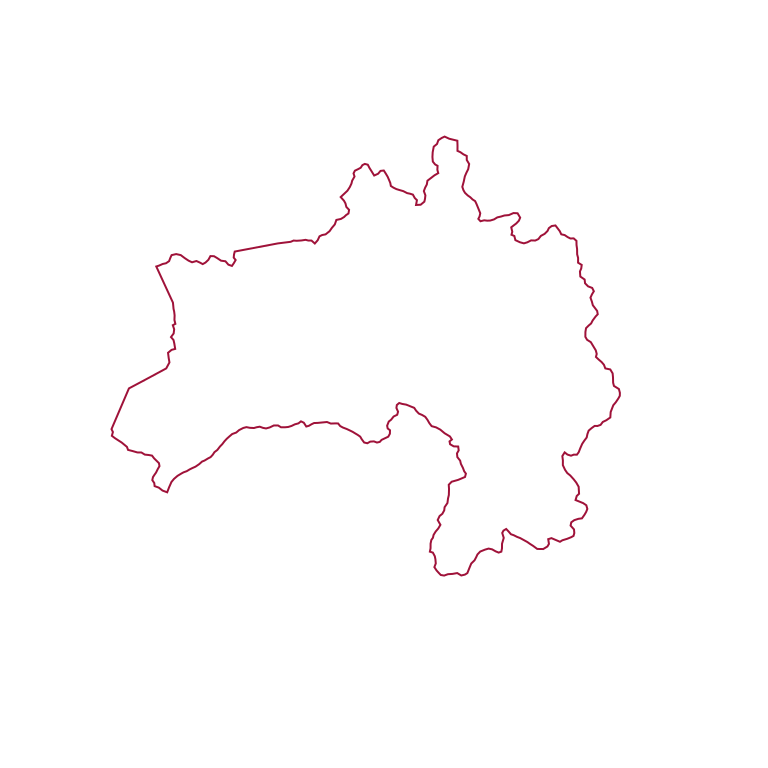 outline of Colatina, Espírito Santo, Brazil, rotated 138°
{"feature_id": "56859067B84433470504301", "entity_name": "Colatina", "entity_type": "district", "adm_level": 2, "iso_a3": "BRA", "parent_name": "Brazil", "parent_adm1": "Espírito Santo", "projection": "orthographic", "projection_center": [-40.658, -19.472], "detail": "fine", "context": "isolated", "style": "outline", "palette": "rose", "viewbox_px": 768, "rotation_deg": 138, "n_neighbors": 0, "source": "geoboundaries", "source_scale": "gbopen_adm2", "svg_char_len": 6166}
<svg xmlns="http://www.w3.org/2000/svg" viewBox="0 0 768 768"><g transform="rotate(138 384 384)"><path d="M189.4,481.0L185.0,484.2L181.3,485.9L177.7,487.3L173.5,490.5L172.6,495.1L169.9,498.1L171.3,501.5L172.1,505.1L173.4,508.1L170.1,511.7L166.7,515.7L171.4,522.6L173.4,527.3L176.4,528.2L180.5,528.8L184.0,526.9L188.2,527.1L192.7,523.7L196.1,520.3L198.9,516.6L199.1,513.0L198.2,510.3L201.0,507.5L202.6,504.4L206.8,505.3L215.7,506.0L218.7,503.6L222.0,502.4L225.3,500.7L227.0,496.5L229.6,494.2L232.0,492.5L236.8,492.7L240.4,495.6L236.5,498.6L236.7,501.6L235.8,505.4L237.4,508.1L239.1,510.4L240.6,514.4L242.6,517.6L244.4,520.6L245.6,523.6L246.4,526.6L244.8,529.2L243.7,532.3L242.6,535.6L241.9,539.1L241.3,542.8L244.0,544.7L247.7,544.2L251.8,545.5L250.9,550.4L250.2,554.4L249.3,557.8L251.0,560.4L253.6,561.1L256.6,560.3L259.5,561.0L262.9,562.0L265.7,560.9L267.1,557.9L271.6,556.4L274.1,554.7L277.7,553.2L281.9,552.1L291.1,551.9L291.1,547.0L291.8,544.0L293.5,540.8L293.4,536.8L296.3,534.5L299.2,534.9L301.9,534.8L305.6,535.5L309.6,537.8L313.8,535.5L318.3,534.9L322.1,534.0L327.3,534.3L330.3,536.1L333.1,536.9L337.1,535.2L341.4,534.7L341.9,539.1L344.2,541.2L345.8,543.6L349.3,545.9L353.1,548.9L355.2,551.1L358.2,552.1L368.8,559.5L406.3,582.3L408.8,580.6L411.1,578.5L411.3,575.4L414.7,574.3L418.0,573.5L419.8,576.8L419.7,581.3L422.6,584.7L423.7,589.1L424.8,592.7L427.4,595.2L431.4,593.8L435.4,593.7L438.5,594.4L439.6,597.5L441.1,600.9L445.2,602.9L446.7,606.4L447.8,610.7L448.8,615.8L451.5,619.6L455.6,621.9L458.2,620.8L461.5,619.1L465.2,619.6L468.2,621.3L471.9,622.5L474.6,623.7L486.4,585.7L488.3,583.1L490.1,580.7L491.5,578.2L493.7,575.1L496.9,571.8L498.8,568.3L501.6,569.0L503.3,565.1L506.5,562.3L510.9,561.4L511.0,557.5L512.8,554.3L515.7,549.8L519.0,551.5L523.6,551.7L526.6,547.4L529.0,543.6L535.4,541.3L559.3,547.1L576.5,551.4L616.7,532.8L617.6,529.7L620.9,527.6L620.2,523.8L619.0,519.3L618.1,516.0L617.1,509.3L618.3,506.3L615.7,502.4L613.1,498.2L610.1,495.4L609.0,491.6L606.3,488.6L604.3,486.0L604.6,482.6L604.2,475.8L605.8,473.2L609.2,472.1L612.7,470.7L615.4,470.1L618.0,469.4L620.5,467.6L621.0,464.1L622.8,461.6L620.7,457.7L619.9,453.0L617.6,448.6L612.7,451.1L610.2,452.2L607.6,453.4L603.6,454.0L598.9,453.9L594.7,453.1L592.1,452.5L588.9,451.2L585.7,450.6L582.8,449.8L579.4,448.7L574.9,448.1L571.1,448.1L568.6,447.2L564.4,446.4L561.8,445.7L558.6,446.0L555.6,446.8L552.0,446.5L547.7,447.3L544.5,447.5L540.8,448.2L537.5,448.5L534.3,448.5L530.3,448.4L526.3,446.8L522.5,446.7L518.0,445.5L515.1,444.0L513.0,441.2L510.1,438.3L507.6,437.1L504.9,435.4L503.3,432.4L501.4,429.9L498.0,428.2L493.6,426.9L490.5,424.1L489.5,420.8L486.8,418.3L484.0,416.2L480.8,414.7L477.3,413.7L473.9,412.0L470.7,411.8L469.5,408.9L470.2,404.4L467.8,403.2L464.8,402.6L462.1,401.8L459.5,399.6L451.8,393.9L450.0,390.2L446.9,387.6L444.5,385.4L444.7,382.1L443.7,379.2L441.8,375.5L440.5,372.4L439.3,369.4L438.5,366.7L437.6,363.8L436.9,360.8L437.5,357.9L437.9,353.8L436.0,351.1L432.8,350.4L429.9,348.1L428.4,345.2L425.9,343.8L423.2,344.1L416.1,342.0L412.9,343.1L410.5,345.6L411.0,348.5L409.6,350.9L405.6,352.9L402.6,352.7L398.6,353.4L394.8,352.3L392.1,354.0L390.8,357.9L388.5,359.8L385.4,359.7L383.8,357.0L381.3,353.8L377.5,346.0L378.0,342.8L377.9,338.7L376.4,335.5L375.3,332.0L375.7,328.2L376.5,324.5L376.8,320.8L374.3,316.9L372.7,312.4L371.9,306.8L370.1,300.9L370.7,297.3L373.7,297.5L375.2,295.0L373.9,291.0L370.7,287.9L372.9,284.7L376.2,283.6L378.4,280.6L378.7,276.1L380.3,273.2L381.5,268.8L382.8,265.5L383.1,262.6L386.0,260.7L390.4,262.2L393.2,263.2L399.1,266.1L403.3,265.8L405.9,262.5L410.1,258.1L413.0,256.1L416.5,253.1L421.4,251.9L423.8,249.8L427.5,248.5L431.0,248.7L435.1,247.0L436.3,241.6L440.4,240.3L444.3,239.8L448.1,238.7L450.5,237.0L453.2,236.4L456.2,234.2L459.3,230.8L462.1,228.7L460.5,226.0L461.5,222.0L463.1,219.3L465.6,216.0L469.1,214.2L469.7,210.3L469.7,207.1L469.6,204.1L467.5,201.4L463.8,199.9L460.1,197.0L456.1,194.5L454.7,190.0L451.4,188.2L448.6,187.7L443.3,190.3L439.3,192.2L434.7,192.4L431.4,193.6L428.6,194.8L424.6,195.1L419.7,193.3L416.4,191.7L414.3,188.8L413.0,184.9L411.6,182.0L409.0,180.9L406.3,182.9L403.2,186.3L398.0,189.5L395.8,194.2L393.3,195.1L390.2,194.5L390.1,191.0L390.2,187.4L388.8,184.9L387.4,181.3L385.9,178.4L383.2,170.6L382.5,167.5L381.5,163.9L380.5,158.9L376.1,154.8L371.3,153.9L368.4,154.8L365.8,158.8L362.7,157.4L358.8,149.0L356.0,148.5L351.5,146.4L347.4,144.9L344.8,144.3L342.3,145.9L340.1,148.8L340.1,153.9L337.4,155.9L333.7,155.5L329.7,153.7L326.8,151.7L322.4,152.7L319.3,153.7L316.5,155.1L314.8,158.5L315.7,162.2L317.2,165.3L319.3,169.6L315.7,171.8L312.5,171.9L308.1,177.4L307.1,182.1L306.8,186.3L306.8,191.4L307.4,195.2L306.9,199.0L305.4,204.0L302.2,207.5L299.7,211.1L295.5,212.3L294.9,208.8L293.0,205.6L290.2,204.5L287.9,202.4L285.0,203.0L281.2,204.9L276.8,206.9L272.9,207.9L269.2,208.6L266.3,210.7L263.1,212.4L259.3,212.3L255.5,211.9L253.5,210.0L250.4,208.7L246.8,209.4L243.0,208.3L238.2,207.7L234.3,211.5L227.8,214.8L224.1,215.3L219.7,216.4L216.7,217.4L214.6,219.6L212.8,223.1L214.4,228.7L212.9,231.6L209.3,235.8L207.0,238.9L206.1,243.4L209.1,247.5L207.7,251.1L207.6,254.6L208.1,258.6L208.4,262.3L205.8,264.0L204.1,267.3L202.3,276.7L203.5,281.0L202.8,284.3L199.5,287.9L196.5,290.3L192.7,290.5L189.6,290.4L186.4,291.6L181.4,292.6L178.5,292.8L176.7,295.7L176.1,302.8L174.4,306.1L172.8,310.0L169.4,311.5L166.0,312.5L165.0,316.1L167.0,320.0L167.2,324.3L165.0,327.4L166.2,332.5L163.1,336.5L160.1,337.9L157.4,340.2L158.6,344.3L155.4,347.8L153.7,351.1L150.2,355.1L147.9,358.5L145.2,361.6L145.6,365.3L148.1,367.4L149.2,370.2L150.1,373.8L152.1,376.6L151.1,380.0L150.5,387.1L153.7,389.2L157.2,389.5L160.1,388.3L164.2,388.1L168.3,389.1L172.3,388.4L175.6,389.4L178.6,392.3L182.7,393.4L185.9,394.9L188.1,398.3L190.1,403.0L188.1,406.8L189.4,409.6L186.8,411.3L184.6,415.3L181.7,415.1L178.3,414.8L174.5,415.1L171.5,416.5L170.5,421.5L173.4,424.4L178.2,426.0L181.8,428.7L184.9,430.1L188.3,432.0L192.1,432.7L195.7,434.4L198.0,436.3L200.0,438.6L203.4,440.4L203.4,443.6L200.8,444.6L198.2,446.5L196.3,451.7L194.8,455.9L193.9,458.9L194.7,461.9L194.9,465.0L195.6,468.1L195.9,471.9L195.3,474.8L193.9,478.1L189.4,481.0Z" fill="none" stroke="#9f1239" stroke-width="2"/></g></svg>